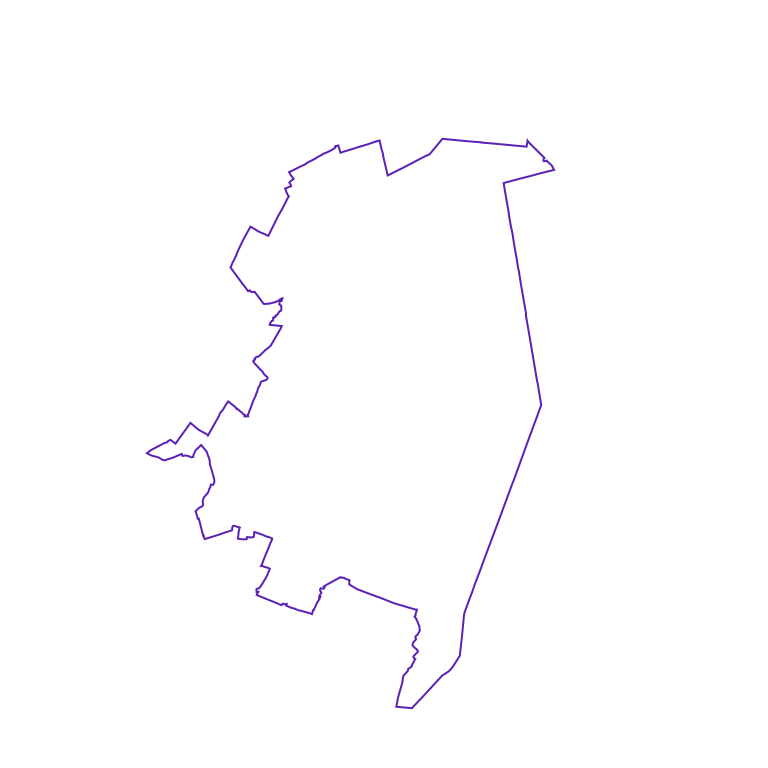 the district of Dobromir, Constanta, Romania, rotated 297°
{"feature_id": "2599482B21498804954375", "entity_name": "Dobromir", "entity_type": "district", "adm_level": 2, "iso_a3": "ROU", "parent_name": "Romania", "parent_adm1": "Constanta", "projection": "equal_earth", "projection_center": [27.791, 44.013], "detail": "fine", "context": "isolated", "style": "outline", "palette": "violet", "viewbox_px": 768, "rotation_deg": 297, "n_neighbors": 0, "source": "geoboundaries", "source_scale": "gbopen_adm2", "svg_char_len": 6166}
<svg xmlns="http://www.w3.org/2000/svg" viewBox="0 0 768 768"><g transform="rotate(297 384 384)"><path d="M529.8,203.2L528.0,205.7L525.7,210.4L521.3,208.3L520.8,208.3L520.4,208.3L519.1,210.5L518.1,211.4L513.3,207.2L510.4,210.3L508.2,213.2L508.0,214.0L507.3,213.9L503.8,213.8L493.6,213.8L484.7,213.4L463.5,213.7L463.3,209.1L462.9,203.0L463.6,194.9L463.6,193.6L450.0,193.1L444.9,193.2L436.0,193.4L430.8,194.0L429.8,193.8L428.4,194.0L425.5,194.1L424.3,193.9L418.1,194.4L410.0,210.5L405.0,220.9L406.5,221.9L405.7,224.2L407.4,226.9L400.8,240.4L401.1,241.3L403.6,245.3L404.9,246.8L406.9,249.2L409.3,251.4L414.1,254.2L414.3,254.7L411.5,255.0L410.4,253.6L407.2,254.7L407.2,256.8L403.7,258.8L403.0,258.9L402.5,258.9L401.9,258.7L401.4,257.9L399.7,257.6L399.4,257.8L398.0,257.6L397.6,257.4L396.7,257.4L396.0,257.0L395.7,256.3L394.8,256.4L394.1,256.7L393.7,256.3L393.4,255.6L393.0,255.2L392.6,255.1L392.2,255.3L391.5,255.9L390.7,256.2L390.2,256.2L389.8,255.9L389.3,255.4L389.0,255.3L386.7,255.0L385.3,255.1L384.8,255.3L388.8,265.5L389.2,266.6L388.2,266.7L385.9,266.7L367.0,265.7L363.4,264.4L361.2,263.2L352.6,260.2L351.3,259.6L351.0,259.3L350.7,258.5L350.3,258.2L349.3,257.6L347.7,257.1L347.2,258.0L344.9,257.1L344.0,258.6L343.3,260.1L342.4,262.8L340.5,267.8L340.1,269.9L339.2,271.0L338.4,272.5L337.6,274.7L337.2,276.9L336.9,277.3L336.3,277.6L335.3,277.6L334.4,277.3L333.5,276.6L330.7,273.9L330.0,273.4L329.3,273.4L327.5,273.8L326.5,273.9L322.9,273.7L320.6,274.3L319.4,274.5L317.0,274.6L315.9,274.9L312.6,275.0L309.0,275.2L301.1,276.2L299.3,276.2L296.9,276.7L295.1,276.7L294.6,276.5L293.9,277.3L293.5,277.6L291.9,274.7L292.0,274.2L293.2,274.2L293.3,272.1L293.9,270.7L294.4,268.0L294.5,267.4L294.7,267.0L295.2,264.8L294.8,264.1L295.1,263.5L295.6,263.1L296.1,261.3L297.7,253.1L294.3,252.5L288.0,252.2L284.0,251.2L283.6,251.1L280.9,251.5L258.4,250.5L258.5,250.4L258.8,247.1L259.1,239.2L261.5,229.2L236.2,225.3L237.3,219.1L234.9,217.4L233.8,217.3L233.4,217.0L232.1,215.6L231.5,215.0L220.0,206.8L218.1,205.8L217.9,205.6L215.1,204.5L214.7,204.2L214.6,204.8L214.7,208.2L214.9,210.6L216.0,214.9L216.2,217.0L215.9,219.8L216.2,222.9L216.6,223.5L218.6,225.3L221.2,228.1L223.6,230.3L229.6,235.2L229.8,235.7L228.4,237.1L228.9,237.9L230.2,239.5L231.0,242.6L231.0,243.6L231.3,243.9L231.1,245.5L232.4,247.2L232.7,247.1L234.0,246.5L239.4,246.2L243.8,247.8L246.6,248.7L243.4,256.4L243.1,256.9L240.6,259.4L238.4,261.9L236.0,263.9L233.4,265.3L228.1,270.5L225.8,272.5L223.0,275.2L220.2,277.2L219.5,277.4L217.0,277.6L216.5,277.5L216.4,277.3L215.9,275.5L215.0,275.5L213.4,276.1L211.1,275.9L209.5,276.3L207.3,276.5L201.0,275.0L197.9,275.4L196.9,275.9L195.1,277.1L193.9,277.7L192.2,277.4L190.4,275.9L189.6,275.5L185.2,273.8L179.4,279.4L180.0,280.1L166.7,291.8L167.1,292.1L165.3,293.7L164.4,294.7L175.4,305.9L179.4,309.7L183.8,314.2L184.8,315.0L187.9,313.8L189.0,313.9L189.6,314.7L190.6,320.7L189.7,320.7L187.9,321.3L186.6,321.5L185.2,322.0L179.8,324.1L180.1,325.0L180.5,325.9L180.7,326.8L181.6,329.0L183.4,332.1L183.6,332.1L184.7,331.5L185.5,331.5L185.8,332.6L186.6,334.2L186.5,334.5L187.2,335.7L188.0,336.5L188.2,337.1L188.5,337.3L188.9,337.3L190.9,336.6L192.8,335.7L193.1,335.6L193.4,335.9L194.5,344.1L194.8,348.8L195.3,350.4L195.5,352.8L195.4,353.4L195.6,354.5L194.0,354.9L190.4,355.0L184.7,355.6L177.4,356.1L167.0,357.2L166.0,357.1L166.7,358.7L166.8,360.9L167.4,363.1L167.6,366.1L166.7,366.4L162.9,366.4L161.1,366.8L160.5,366.8L157.2,366.7L149.7,366.2L145.6,365.6L144.2,364.0L143.5,363.6L143.0,363.6L140.7,365.0L141.7,366.3L138.2,366.4L138.4,369.1L140.0,387.2L140.3,393.0L142.1,393.4L142.3,393.6L142.5,393.9L142.4,394.7L142.5,395.4L143.1,396.1L144.0,397.0L143.8,397.2L143.3,397.4L142.1,397.7L142.5,402.6L142.8,404.4L143.3,406.5L143.6,410.9L144.1,412.2L145.7,420.1L146.0,422.0L146.2,424.3L149.4,423.8L149.5,423.5L150.1,423.4L150.4,424.0L159.0,423.7L162.9,424.1L164.0,423.1L164.4,423.1L164.6,423.9L165.7,423.9L165.9,422.6L169.7,423.0L170.0,422.7L170.6,421.3L171.4,420.5L172.5,420.2L173.3,420.5L174.2,423.2L175.6,423.5L176.2,422.3L178.1,423.4L185.4,428.3L192.2,433.0L192.0,433.8L192.7,435.1L193.1,436.3L193.0,437.9L193.3,441.3L193.6,442.2L193.5,442.4L189.9,443.7L189.7,444.1L189.5,445.3L189.5,445.5L189.0,453.4L190.6,467.8L191.9,478.3L193.2,492.5L197.3,514.3L197.5,515.0L197.9,515.4L197.9,515.7L196.4,516.2L194.0,516.4L192.0,517.1L190.4,517.0L190.1,517.2L190.2,518.3L188.3,520.5L187.3,522.0L185.4,523.9L184.6,525.0L183.0,526.2L180.8,527.8L180.2,527.9L176.7,527.7L175.4,527.4L174.5,527.0L173.2,526.8L172.8,526.8L172.2,527.1L171.3,528.4L170.6,528.4L168.7,527.8L166.7,527.4L164.6,527.9L163.9,528.2L163.7,528.6L162.8,531.7L162.4,533.6L161.6,535.1L161.0,535.7L159.5,535.4L157.7,534.7L156.7,534.5L156.1,534.2L154.4,534.0L153.7,534.4L153.4,535.6L153.3,536.7L145.7,536.5L144.9,537.0L141.1,534.9L140.5,535.2L139.6,535.4L138.7,535.3L136.0,534.7L133.2,533.8L132.8,533.8L129.4,534.7L126.6,535.8L111.2,538.8L102.0,541.5L107.8,556.0L122.3,560.3L150.6,568.2L157.3,572.1L162.3,573.5L169.1,574.3L176.4,574.9L194.9,567.9L214.2,560.3L216.8,559.5L228.3,558.1L234.6,557.4L236.2,557.2L238.2,557.1L245.3,556.0L263.3,554.1L267.8,553.5L319.8,547.6L353.3,543.6L357.9,543.2L402.9,537.6L408.9,537.0L413.1,536.4L424.9,535.1L436.7,533.6L453.4,521.3L457.0,518.4L493.8,491.1L510.1,478.9L510.8,478.9L536.0,460.0L545.4,453.2L548.6,450.6L558.6,443.3L560.3,441.9L566.2,437.5L575.6,430.7L578.9,428.2L580.5,426.7L588.7,420.5L593.9,416.9L611.6,403.6L617.4,399.4L630.2,413.6L635.9,420.2L641.9,426.7L652.0,438.4L653.8,435.6L654.4,435.2L655.2,433.2L656.3,429.4L656.2,428.7L656.5,428.1L656.9,427.6L655.0,425.4L655.2,424.8L656.6,424.2L657.6,424.0L658.3,424.3L664.7,404.3L665.2,403.0L666.0,401.4L660.2,403.3L649.6,376.6L643.3,361.0L643.5,360.9L638.7,349.4L629.2,325.3L628.8,324.7L609.2,320.3L606.4,317.8L585.3,302.8L571.5,292.6L586.8,279.7L588.0,279.1L592.7,274.7L596.2,271.8L599.0,269.5L595.9,266.3L596.0,266.3L590.4,260.9L582.5,252.6L580.8,251.0L572.9,242.8L570.3,240.2L575.8,235.0L573.7,232.6L573.4,232.5L572.8,233.3L572.4,233.4L567.9,230.6L562.9,226.8L561.9,225.5L561.5,225.2L560.8,225.2L556.4,222.0L555.7,221.6L553.7,220.5L546.3,215.2L543.7,213.9L538.8,210.0L531.2,204.5L529.8,203.2Z" fill="none" stroke="#5b21b6" stroke-width="2"/></g></svg>